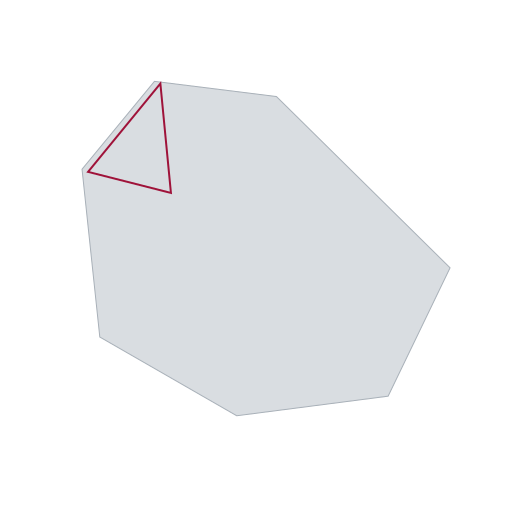 where Anabar sits in Nauru, rotated 285°
{"feature_id": "NRU-4979", "entity_name": "Anabar", "entity_type": "state/province", "adm_level": 1, "iso_a3": "NRU", "parent_name": "Nauru", "parent_adm1": "", "projection": "orthographic", "projection_center": [166.943, -0.497], "detail": "fine", "context": "in_parent", "style": "outline", "palette": "rose", "viewbox_px": 512, "rotation_deg": 285, "n_neighbors": 0, "source": "natural_earth", "source_scale": "10m", "svg_char_len": 368}
<svg xmlns="http://www.w3.org/2000/svg" viewBox="0 0 512 512"><g transform="rotate(285 256 256)"><path d="M415.3,234.5L294.8,446.5L154.8,419.9L96.7,278.7L137.3,126.1L294.8,65.5L398.4,112.7L415.3,234.5Z" fill="#d9dde1" stroke="#a8b0b8" stroke-width="1"/><path d="M293.8,72.0L397.8,119.0L294.9,157.5L293.8,72.0Z" fill="none" stroke="#9f1239" stroke-width="2"/></g></svg>